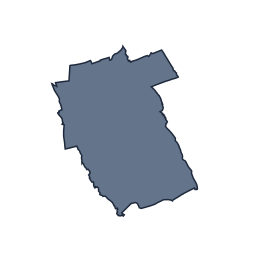 the district of Curtesti, Botosani, Romania, rotated 202°
{"feature_id": "2599482B73716803842093", "entity_name": "Curtesti", "entity_type": "district", "adm_level": 2, "iso_a3": "ROU", "parent_name": "Romania", "parent_adm1": "Botosani", "projection": "natural_earth1", "projection_center": [26.65, 47.693], "detail": "fine", "context": "isolated", "style": "filled", "palette": "slate", "viewbox_px": 256, "rotation_deg": 202, "n_neighbors": 0, "source": "geoboundaries", "source_scale": "gbopen_adm2", "svg_char_len": 5710}
<svg xmlns="http://www.w3.org/2000/svg" viewBox="0 0 256 256"><g transform="rotate(202 128 128)"><path d="M205.2,164.1L202.9,157.2L202.0,154.4L201.6,153.5L201.6,153.1L200.4,149.7L200.5,149.5L201.3,149.0L202.2,148.6L207.2,145.8L209.7,144.3L212.2,142.9L211.6,142.1L211.1,141.7L210.9,141.5L210.7,141.1L210.1,140.4L209.8,140.0L210.7,140.2L211.8,139.9L212.2,139.9L212.8,139.9L213.2,140.0L213.6,140.3L214.4,140.6L215.2,140.6L214.1,139.3L213.2,138.4L210.7,135.8L209.3,134.6L204.7,131.3L202.9,129.8L202.7,129.4L202.2,128.6L202.1,128.2L201.8,127.1L201.6,126.7L200.9,126.0L199.5,124.8L199.1,124.3L198.2,123.2L197.8,122.7L196.7,121.1L196.2,119.9L196.9,119.6L197.3,119.2L197.6,118.8L197.8,118.5L197.8,118.3L198.1,117.9L198.4,117.7L198.2,117.5L198.0,117.4L198.2,116.9L197.9,116.5L197.8,116.4L198.0,116.3L198.3,116.2L198.6,116.0L198.8,115.8L198.8,115.7L198.5,115.4L198.2,115.1L196.5,114.1L196.3,113.9L195.8,113.8L195.6,113.6L194.9,113.3L193.5,112.5L192.4,111.8L192.2,111.1L191.8,110.7L191.4,109.8L191.2,109.6L190.9,109.1L190.6,108.9L190.4,108.8L190.5,108.4L190.3,108.1L190.0,108.0L190.0,107.6L190.2,107.4L190.4,107.2L190.6,106.9L189.7,106.8L189.0,106.9L188.8,106.9L188.7,107.1L188.4,107.1L186.8,101.9L186.4,100.7L184.6,96.3L181.5,91.0L179.2,86.5L178.7,85.6L178.3,85.0L174.5,87.7L168.7,92.0L168.5,91.8L168.2,91.4L167.5,90.8L166.9,90.4L166.5,89.6L165.9,89.3L165.0,89.0L164.5,88.8L163.0,87.1L162.4,86.6L160.7,85.4L160.4,84.9L160.3,83.9L159.8,82.9L159.7,82.3L159.1,81.5L158.8,81.2L158.6,80.8L158.5,80.3L158.2,79.5L157.3,77.7L157.1,78.4L156.9,78.6L155.8,78.1L155.6,77.9L154.6,76.8L154.3,76.4L153.4,75.9L153.1,75.6L152.6,75.3L151.7,75.1L151.3,74.8L150.9,74.3L150.8,74.0L150.6,74.0L150.4,74.1L149.4,74.8L147.9,73.9L147.5,73.7L147.3,73.5L147.1,73.3L147.2,73.1L146.8,72.8L146.4,72.2L146.2,72.1L146.2,71.8L146.5,71.2L146.4,71.1L146.9,69.7L146.2,69.4L144.7,67.4L145.0,67.1L144.2,66.5L143.4,65.7L141.6,64.7L141.3,64.3L139.9,64.9L139.4,64.3L138.3,61.9L137.3,60.7L136.4,60.2L136.4,61.2L136.1,61.5L136.0,61.4L135.8,61.3L135.7,61.0L135.7,60.7L135.0,61.3L134.9,61.6L134.3,61.6L133.5,61.5L132.9,61.2L132.8,60.8L132.1,59.8L132.0,59.5L131.9,59.0L131.7,58.5L131.0,58.1L129.9,57.6L129.5,57.2L129.4,56.8L129.3,56.6L129.3,56.4L129.2,55.7L128.2,55.7L126.7,55.7L126.2,55.6L125.6,55.2L125.1,55.7L124.4,55.9L123.0,56.2L122.0,55.7L120.6,54.9L118.5,54.3L117.6,54.1L116.8,53.9L114.9,53.2L114.4,52.9L113.2,52.1L112.1,50.9L111.8,50.7L111.1,50.6L110.9,50.5L110.9,50.3L110.4,49.8L109.8,48.9L109.3,48.5L109.1,48.5L107.8,49.7L107.2,49.1L107.4,49.0L107.2,48.0L107.2,47.4L106.7,46.5L106.3,46.0L106.2,45.9L106.5,45.3L106.3,44.9L106.3,44.4L106.2,44.3L105.8,44.0L105.6,43.9L105.4,43.8L104.8,43.8L104.6,43.7L104.4,43.2L104.2,43.1L103.5,43.6L103.0,43.4L101.9,43.8L101.5,44.2L101.2,44.6L101.1,44.9L100.2,44.7L99.9,44.7L99.4,44.6L98.9,46.1L100.4,46.4L102.0,47.0L97.1,58.5L97.1,58.9L93.3,61.6L91.9,61.7L90.6,61.2L87.6,58.3L85.6,58.4L78.5,63.9L74.4,67.5L72.8,69.7L70.4,72.3L68.2,74.8L63.8,76.7L61.5,77.2L59.6,77.1L59.7,77.3L59.6,77.5L59.2,78.1L58.3,79.5L57.7,80.2L56.8,81.4L56.2,82.2L55.8,82.7L55.5,83.4L54.9,83.9L54.6,84.4L54.2,84.9L54.0,85.4L53.3,86.2L53.0,86.9L52.6,87.0L52.2,87.5L52.2,87.8L44.6,96.5L43.9,97.2L42.9,96.1L41.5,96.6L40.8,97.1L40.8,97.6L41.3,98.5L42.5,100.5L43.2,101.4L44.7,102.8L48.6,105.9L49.4,106.7L52.1,109.7L52.4,110.4L52.6,111.4L52.9,112.0L53.7,112.6L55.3,113.4L57.6,114.7L58.5,115.5L61.1,117.8L62.3,118.7L62.8,119.0L63.9,119.0L65.2,119.3L65.9,119.7L66.3,120.3L66.4,120.9L66.5,121.4L67.3,123.0L67.7,123.5L70.0,125.6L70.5,126.6L71.2,127.4L72.5,128.6L74.4,130.8L76.4,132.4L77.6,133.2L79.4,133.9L80.0,135.7L80.4,136.4L84.8,139.1L88.7,141.1L91.8,142.3L93.8,143.6L94.2,145.6L94.5,146.3L94.0,146.6L93.9,148.6L96.7,150.4L96.4,150.8L96.8,151.4L97.1,151.7L97.8,151.7L98.4,152.8L99.3,152.7L99.1,153.0L99.5,153.2L99.5,153.6L101.3,153.6L101.2,154.1L101.3,154.1L101.3,154.5L104.3,155.1L103.1,156.7L102.8,156.9L102.7,158.4L102.8,159.0L102.9,159.7L103.1,160.3L104.4,161.8L105.1,162.4L105.4,162.9L104.9,163.1L107.6,166.1L108.2,166.7L108.1,166.8L109.6,168.4L110.6,169.0L111.1,169.6L111.6,169.7L111.9,169.9L113.5,170.7L114.2,171.3L115.1,171.7L115.8,172.2L116.3,172.4L117.1,173.0L118.3,173.5L120.2,174.3L121.8,175.0L120.9,175.8L118.4,178.3L110.5,185.5L109.2,186.5L106.6,188.7L105.7,189.6L102.9,191.7L101.3,193.2L100.5,194.0L100.9,194.5L101.5,194.9L102.8,195.5L103.4,196.3L103.6,196.8L103.6,197.1L104.0,197.2L104.5,197.3L105.0,197.6L105.6,198.1L106.0,198.3L106.6,198.4L107.1,198.3L107.4,198.3L108.7,200.3L113.8,203.9L114.3,204.3L115.5,205.2L118.0,207.1L119.6,208.2L122.3,210.3L124.7,212.0L126.0,212.9L131.0,208.1L132.1,207.0L132.5,206.5L133.4,206.2L133.8,206.2L134.3,206.4L134.6,206.4L134.8,206.3L134.6,205.5L135.6,202.1L137.2,202.4L138.5,201.3L139.7,200.4L141.1,198.8L145.7,194.2L148.1,192.2L148.8,191.8L149.2,191.5L149.6,190.7L150.0,190.1L150.3,190.2L150.7,190.6L151.0,190.7L151.3,190.6L151.6,191.0L151.7,190.7L152.1,190.8L152.2,190.3L152.6,190.2L152.8,190.5L153.1,190.8L154.1,191.6L154.4,192.0L154.8,192.4L154.6,192.6L154.4,193.1L154.8,193.4L154.8,193.8L155.1,194.2L155.1,194.4L155.3,194.5L156.0,194.3L156.5,194.3L156.7,194.6L156.9,195.1L157.0,195.2L157.4,195.4L157.6,195.3L157.9,195.4L158.3,196.2L158.4,196.7L158.6,197.3L158.9,198.9L159.2,199.1L161.1,200.3L162.2,201.0L163.3,201.8L163.1,200.8L163.1,200.5L163.6,198.3L163.8,197.5L165.8,193.6L166.0,193.3L166.4,192.9L167.6,192.0L167.8,191.8L168.3,191.0L168.9,189.4L169.1,189.0L169.1,188.5L168.9,185.8L168.9,185.5L169.0,185.3L169.2,184.9L170.3,184.0L170.5,184.1L170.7,184.7L171.9,186.4L177.7,181.8L179.1,180.5L178.8,180.1L185.4,174.1L186.9,175.5L188.1,176.5L190.8,173.9L192.9,171.9L194.1,171.2L196.6,169.4L200.6,166.8L204.5,164.7L205.0,164.4L205.2,164.1Z" fill="#64748b" stroke="#1e293b" stroke-width="1.5"/></g></svg>